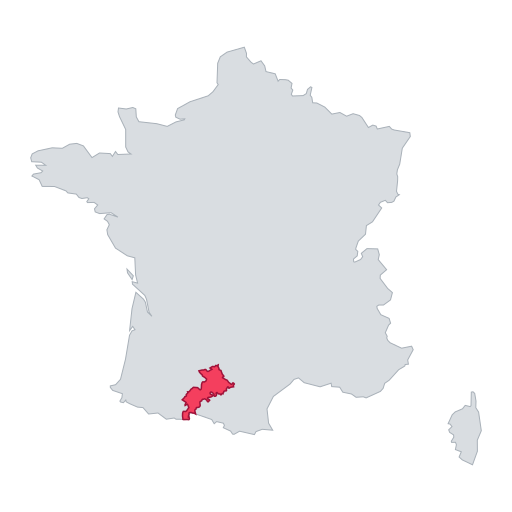 France, with Haute-Garonne highlighted
{"feature_id": "FRA-5298", "entity_name": "Haute-Garonne", "entity_type": "Metropolitan department", "adm_level": 1, "iso_a3": "FRA", "parent_name": "France", "parent_adm1": "", "projection": "albers", "projection_center": [1.234, 43.301], "detail": "fine", "context": "in_parent", "style": "filled", "palette": "rose", "viewbox_px": 512, "rotation_deg": 0, "n_neighbors": 0, "source": "natural_earth", "source_scale": "10m", "svg_char_len": 6800}
<svg xmlns="http://www.w3.org/2000/svg" viewBox="0 0 512 512"><path d="M399.3,194.7L395.9,197.0L393.9,201.2L391.7,202.4L387.5,202.7L385.3,200.3L380.4,202.3L378.5,205.0L381.7,208.0L372.5,221.8L366.4,225.6L365.5,234.2L358.3,241.1L355.9,248.0L355.7,249.4L357.8,251.4L357.2,255.9L353.5,259.0L353.7,261.8L354.8,262.1L360.6,259.5L362.7,256.7L361.3,253.3L367.0,248.6L377.7,248.9L379.3,254.7L378.2,259.6L386.6,269.7L380.3,275.1L380.1,278.4L387.7,288.5L392.4,292.6L390.5,299.9L383.5,305.0L378.8,305.0L376.8,306.3L377.2,308.5L380.8,314.7L389.1,318.4L390.6,323.2L388.6,325.1L385.3,332.7L387.2,336.3L386.7,337.9L387.7,340.3L390.0,342.7L401.6,348.2L411.6,346.2L413.2,349.7L407.7,359.9L408.4,364.2L405.2,364.5L404.8,366.0L398.7,369.7L389.2,380.2L384.7,383.3L383.1,388.4L380.4,391.4L366.1,397.9L363.3,396.8L356.1,397.3L351.5,394.0L342.8,392.2L339.7,387.2L331.7,386.6L331.1,383.2L320.1,386.8L304.2,382.7L298.5,377.9L294.0,379.4L290.1,384.0L273.4,396.4L267.0,408.9L268.6,423.2L272.7,430.2L262.2,429.3L256.0,431.6L254.4,434.6L239.6,431.2L234.1,434.3L232.6,434.1L230.6,431.1L223.3,427.7L224.4,425.4L223.4,423.2L216.6,421.6L214.2,423.7L211.7,419.5L192.6,412.9L189.5,413.0L188.2,419.4L176.0,419.2L174.2,418.0L166.3,419.2L158.0,413.0L148.6,414.0L143.0,407.6L137.5,407.1L129.7,403.7L126.2,401.8L125.8,400.0L123.4,402.7L120.5,402.0L119.9,401.1L121.9,397.7L122.4,393.7L112.7,390.4L110.3,387.4L110.3,385.9L115.6,384.7L120.5,379.3L125.5,359.2L129.5,335.3L132.0,330.9L135.0,329.7L132.7,326.4L129.6,330.6L132.0,308.7L135.9,292.3L143.6,299.3L145.4,302.3L147.5,312.1L151.9,316.3L149.1,312.3L146.5,299.2L144.8,295.4L132.5,284.2L132.2,281.7L137.6,283.1L135.6,274.9L134.8,257.8L127.3,255.8L115.5,248.1L107.7,234.7L106.9,229.8L109.3,224.7L107.5,221.3L104.1,218.9L107.0,214.6L109.4,214.2L117.9,217.1L111.1,212.7L99.6,213.6L95.2,211.9L94.5,208.8L97.7,205.0L94.1,202.4L87.5,202.6L86.8,201.6L88.8,198.8L87.3,197.7L81.9,198.5L79.0,197.5L76.3,194.1L67.8,192.9L66.0,190.9L54.5,186.5L42.2,186.4L39.1,179.7L31.9,176.0L33.5,174.1L41.1,172.7L42.7,171.0L37.4,168.0L35.7,165.2L45.7,165.3L41.4,162.2L31.7,161.7L30.7,157.8L32.2,153.9L38.1,150.8L52.2,147.8L62.3,148.3L69.7,144.2L76.8,143.4L83.4,145.9L92.0,157.6L99.5,153.0L110.3,153.6L112.4,156.4L115.5,151.5L117.8,154.5L131.0,154.0L128.0,151.9L125.7,147.0L125.7,129.5L119.5,116.6L118.0,111.9L118.5,108.0L126.3,109.0L132.8,107.5L135.8,108.8L136.3,116.9L138.9,121.7L156.8,123.7L167.2,126.4L176.0,121.9L184.2,119.9L184.8,118.8L180.1,119.2L175.8,117.2L175.3,115.0L177.6,108.6L190.1,101.7L208.2,95.8L212.9,91.8L218.2,84.6L217.0,82.8L217.7,63.2L220.3,56.8L227.1,52.1L244.3,47.2L246.5,53.4L246.4,56.9L251.1,62.3L253.5,64.0L261.0,60.8L264.7,65.9L266.0,71.6L275.2,73.8L278.1,81.2L279.7,79.5L285.5,79.7L288.2,80.2L292.0,83.4L291.1,88.0L292.8,90.1L291.3,94.3L292.5,96.0L303.1,95.6L306.3,93.6L307.5,89.4L310.6,86.8L311.9,87.5L310.2,95.3L311.8,97.3L312.7,102.8L316.8,103.0L324.8,107.1L331.8,114.1L339.9,112.5L346.6,116.2L353.1,113.7L359.5,115.5L361.9,117.5L368.4,127.5L372.8,125.1L376.1,126.1L377.3,129.0L389.3,126.4L391.7,129.1L394.2,130.0L409.8,132.7L410.3,136.5L402.3,148.2L399.7,164.2L397.4,169.8L396.8,174.0L397.7,176.7L397.6,181.0L396.5,191.3L397.8,194.2L399.3,194.7ZM476.0,401.1L475.8,407.7L478.6,412.1L481.3,430.7L477.3,440.2L477.4,451.2L472.5,464.8L462.3,459.9L459.1,457.0L461.3,451.8L455.4,449.6L456.4,444.7L455.5,442.3L451.6,442.4L451.3,441.2L453.8,437.2L453.6,434.9L449.6,432.3L448.7,429.8L452.0,426.6L450.1,424.1L448.1,423.7L452.2,414.8L455.2,411.9L462.5,408.8L465.2,405.4L470.2,406.6L471.0,405.7L471.3,392.1L473.0,391.8L474.7,393.4L476.0,401.1ZM133.3,275.8L132.1,279.6L127.5,272.8L127.0,269.1L133.3,275.8Z" fill="#d9dde1" stroke="#a8b0b8" stroke-width="1"/><path d="M193.0,413.1L192.4,413.0L191.3,412.5L190.7,412.5L189.8,412.5L189.1,412.8L188.9,413.5L189.0,414.4L188.5,415.7L188.9,416.2L188.6,416.4L188.5,416.5L188.3,417.0L188.8,417.2L189.2,417.7L189.4,418.3L189.3,419.0L189.1,419.5L188.6,419.7L187.5,419.5L183.4,419.6L182.9,419.4L182.9,418.7L182.5,416.0L182.6,413.3L182.9,412.2L183.3,411.4L183.9,411.3L185.6,411.5L186.7,410.7L188.8,407.6L188.6,407.1L188.1,405.6L187.5,404.3L186.5,404.6L185.5,405.3L185.1,405.5L185.0,404.9L185.3,404.2L185.9,403.1L186.1,402.4L182.2,399.8L184.3,397.7L184.8,396.9L184.9,396.6L185.2,396.5L186.1,396.2L186.4,395.8L186.4,395.4L186.2,394.9L186.3,394.4L187.5,393.3L187.9,392.7L187.6,391.8L188.7,391.8L189.5,391.3L191.1,389.1L192.2,388.5L193.0,387.6L193.3,387.4L193.5,387.3L197.5,387.6L198.2,388.1L199.7,389.6L200.3,389.8L201.2,389.0L201.4,387.5L201.5,384.6L202.1,382.6L202.7,381.9L204.6,381.9L206.1,380.8L206.6,379.1L205.0,377.6L202.5,376.0L202.4,375.8L202.3,375.6L202.2,374.9L202.0,374.6L201.8,374.4L200.9,373.8L199.5,372.2L199.1,371.3L198.9,370.8L202.1,370.0L203.7,370.0L204.8,369.5L205.7,369.5L206.3,370.1L206.8,370.8L207.5,371.4L208.3,371.4L211.9,369.3L211.5,368.9L210.7,368.5L210.0,368.0L212.4,366.5L213.3,366.5L214.1,366.7L214.5,366.7L214.9,366.5L215.6,365.6L215.9,365.4L216.1,365.5L216.5,365.7L216.8,365.8L217.1,365.7L217.8,365.1L218.2,364.9L218.0,366.5L219.0,368.5L219.0,369.6L220.0,370.1L221.0,370.5L221.1,371.0L222.3,374.2L222.7,374.7L223.4,375.4L223.7,375.8L223.8,376.5L223.4,376.6L223.0,376.8L222.7,377.2L222.5,377.7L225.8,379.7L226.8,380.0L227.3,380.4L228.7,382.4L229.1,382.7L230.1,383.4L231.0,384.2L231.4,384.4L232.0,384.1L232.6,383.1L232.9,382.9L233.4,383.0L234.0,383.5L234.3,384.0L234.1,384.4L233.7,384.8L233.4,385.4L233.4,386.1L233.6,386.8L231.0,387.2L230.0,387.6L229.7,387.9L229.2,388.2L228.9,388.2L228.6,388.0L228.6,387.8L228.6,387.5L228.5,387.3L228.3,387.0L227.7,386.9L227.5,387.0L227.4,387.2L227.3,387.5L227.2,387.7L227.0,388.0L226.8,388.2L226.6,388.5L226.4,388.8L226.3,389.1L226.3,389.4L226.4,389.7L226.5,389.9L226.6,390.1L226.5,390.4L226.3,390.8L226.0,390.9L225.1,390.9L224.3,391.1L223.9,391.4L223.8,391.6L223.8,391.9L223.7,392.2L223.3,392.9L223.1,393.2L223.0,393.8L222.2,393.5L221.7,394.0L221.3,394.7L220.7,394.8L220.5,394.6L220.3,394.1L220.0,393.9L219.7,393.9L218.9,394.0L218.3,393.7L217.0,392.5L216.4,392.7L216.1,393.3L216.3,393.8L216.5,394.3L216.6,394.6L216.2,395.7L215.4,396.2L214.6,396.3L213.8,395.7L213.8,395.4L214.0,394.5L213.9,394.1L212.4,392.6L211.7,392.1L210.9,392.0L210.2,392.5L210.1,393.6L210.5,394.2L212.3,394.9L212.7,395.5L212.4,396.1L211.6,396.7L210.2,397.2L208.7,397.3L208.0,397.5L207.5,398.2L207.6,398.7L209.2,399.5L209.7,400.2L208.2,401.8L207.6,401.7L207.3,401.3L207.0,400.7L206.6,400.0L204.8,398.9L204.5,398.8L204.3,398.9L203.2,399.3L202.6,399.3L202.4,399.3L202.1,399.6L201.8,400.5L201.6,400.9L201.1,401.1L200.6,401.3L200.2,401.5L199.9,402.1L199.9,403.1L200.2,405.3L200.0,406.1L199.5,406.8L198.9,407.2L197.5,407.5L196.6,407.5L196.4,407.7L196.2,408.0L196.1,408.7L196.0,409.0L195.8,409.3L195.2,409.5L195.0,409.8L194.8,410.8L195.6,414.0L194.2,413.2L193.6,413.1L193.0,413.1Z" fill="#f43f5e" stroke="#9f1239" stroke-width="1.5"/></svg>